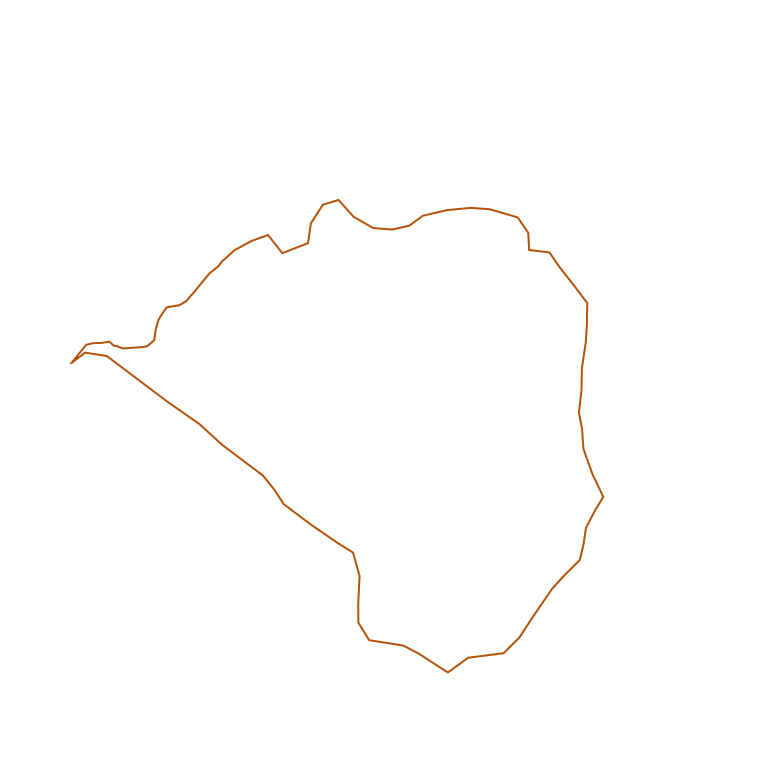 Achna, Cyprus, rotated 127°
{"feature_id": "46923920B60375545574895", "entity_name": "Achna", "entity_type": "district", "adm_level": 2, "iso_a3": "CYP", "parent_name": "Cyprus", "parent_adm1": "", "projection": "equal_earth", "projection_center": [33.796, 35.043], "detail": "fine", "context": "isolated", "style": "outline", "palette": "amber", "viewbox_px": 768, "rotation_deg": 127, "n_neighbors": 0, "source": "geoboundaries", "source_scale": "gbopen_adm2", "svg_char_len": 1414}
<svg xmlns="http://www.w3.org/2000/svg" viewBox="0 0 768 768"><g transform="rotate(127 384 384)"><path d="M342.2,140.9L330.5,163.3L315.8,185.7L301.1,198.4L289.4,211.2L270.3,222.4L252.7,235.2L229.2,248.0L214.6,257.6L197.0,270.4L193.1,284.2L191.1,291.2L185.2,313.5L179.4,331.1L189.6,348.7L176.4,359.9L170.5,377.5L180.8,404.7L191.1,420.7L207.2,438.3L226.3,454.3L242.4,459.1L255.6,470.3L265.9,486.3L268.8,508.7L264.4,531.1L277.6,540.7L299.6,539.1L317.2,529.5L340.7,543.9L334.8,566.3L349.5,575.9L367.1,583.9L372.8,585.0L383.3,587.1L385.9,587.1L389.5,587.1L400.6,590.0L412.8,590.5L425.8,591.0L427.8,591.2L431.0,591.5L436.8,591.8L444.2,594.8L453.0,603.2L454.0,603.7L462.3,603.4L468.5,602.7L474.8,600.3L478.5,598.8L487.1,593.9L491.8,594.9L496.3,595.7L500.3,599.6L501.6,601.1L509.2,609.9L510.5,611.2L512.3,613.4L513.3,615.2L514.5,620.4L516.0,622.7L515.9,623.7L515.5,628.9L521.0,634.1L526.6,641.0L531.8,645.4L537.6,645.6L539.9,645.7L549.2,646.0L555.1,646.3L555.0,646.2L542.2,642.5L538.8,641.5L528.5,622.3L528.5,591.9L528.5,574.3L528.5,545.5L527.1,507.1L530.0,476.7L530.0,452.7L530.0,425.5L534.4,407.9L540.3,391.9L540.3,358.3L538.8,324.7L537.3,307.2L552.0,288.0L575.5,272.0L590.1,260.8L597.5,241.6L581.3,211.2L578.4,193.6L576.0,159.4L552.0,152.1L527.0,126.5L505.0,123.3L481.6,124.9L446.4,126.5L428.8,124.9L406.8,121.7L392.1,128.1L377.4,136.1L358.3,139.3L342.2,140.9Z" fill="none" stroke="#b45309" stroke-width="2"/></g></svg>